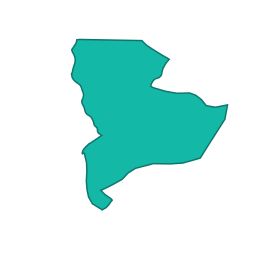 Hill 20/Babonneau, Castries, Saint Lucia, rotated 25°
{"feature_id": "8701671B84261355290509", "entity_name": "Hill 20/Babonneau", "entity_type": "district", "adm_level": 2, "iso_a3": "LCA", "parent_name": "Saint Lucia", "parent_adm1": "Castries", "projection": "natural_earth1", "projection_center": [-60.951, 13.999], "detail": "fine", "context": "isolated", "style": "filled", "palette": "teal", "viewbox_px": 256, "rotation_deg": 25, "n_neighbors": 0, "source": "geoboundaries", "source_scale": "gbopen_adm2", "svg_char_len": 1888}
<svg xmlns="http://www.w3.org/2000/svg" viewBox="0 0 256 256"><g transform="rotate(25 128 128)"><path d="M54.2,103.2L54.9,104.3L56.0,105.7L57.6,106.9L59.0,107.6L60.5,108.1L62.3,108.5L64.6,108.9L66.3,109.3L67.8,110.3L69.0,111.4L70.5,113.1L72.3,114.8L73.7,116.7L74.2,118.2L74.6,120.3L74.5,121.8L74.7,123.0L75.5,124.5L76.8,125.8L79.3,127.7L80.9,129.5L81.8,130.7L83.3,132.1L84.8,132.8L86.2,133.1L87.2,133.2L88.9,133.4L90.0,133.8L91.9,135.1L92.8,135.8L94.2,137.1L95.2,138.5L96.3,139.7L97.6,140.4L98.2,140.5L98.9,140.5L100.5,141.5L101.3,143.1L102.0,144.1L103.2,145.1L104.5,145.3L104.9,145.4L105.6,145.5L106.4,145.7L106.8,145.8L107.3,145.9L107.1,146.1L101.0,156.5L99.2,159.1L98.5,160.9L97.7,163.0L97.1,164.9L96.7,167.2L96.8,168.6L97.1,170.2L97.8,170.6L98.2,169.7L99.4,169.4L101.0,171.8L105.1,177.0L108.9,184.4L112.7,193.8L117.0,201.3L121.4,207.2L127.7,211.7L138.9,213.0L139.2,213.1L141.9,209.3L143.2,205.1L143.6,202.0L144.2,200.1L143.0,199.4L141.0,199.0L138.3,198.6L135.7,198.1L133.2,197.3L130.6,196.3L129.7,196.0L132.1,193.2L138.1,185.7L144.3,177.1L147.2,168.5L151.8,161.4L166.0,149.6L181.4,142.7L192.6,136.5L206.2,124.7L208.5,106.1L209.8,96.5L212.1,79.1L208.5,65.3L208.4,65.0L198.6,72.2L189.5,74.7L182.5,71.2L175.6,69.7L169.1,70.2L157.8,75.8L146.9,78.8L133.9,80.8L131.0,80.6L130.8,80.0L130.5,77.1L130.7,75.9L130.8,75.2L131.1,73.5L132.1,71.7L132.9,71.0L134.7,69.3L134.8,69.2L135.2,68.3L135.8,66.7L135.7,64.9L135.4,63.7L135.1,62.5L134.6,60.0L134.6,58.2L134.7,57.5L134.8,54.5L135.3,52.0L135.5,51.4L136.1,49.0L136.3,48.3L133.7,48.0L128.2,47.6L122.7,46.9L116.6,46.2L109.7,45.1L106.2,43.9L103.7,42.9L46.5,68.3L44.3,69.7L44.9,71.7L45.0,73.6L44.6,76.3L44.5,77.0L44.2,79.4L43.9,80.8L45.3,82.4L45.8,82.9L47.8,84.2L49.6,86.0L51.2,88.0L51.9,90.1L52.4,91.6L52.6,93.4L52.8,95.4L53.2,97.7L53.8,100.2L54.0,101.6L54.1,102.4L53.9,102.9L54.2,103.2Z" fill="#14b8a6" stroke="#0f766e" stroke-width="1.5"/></g></svg>